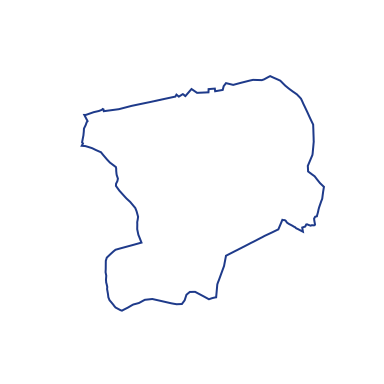 outline of Magdalena, Veracruz, Mexico, rotated 289°
{"feature_id": "50627088B30060167879999", "entity_name": "Magdalena", "entity_type": "district", "adm_level": 2, "iso_a3": "MEX", "parent_name": "Mexico", "parent_adm1": "Veracruz", "projection": "natural_earth1", "projection_center": [-97.048, 18.769], "detail": "fine", "context": "isolated", "style": "outline", "palette": "blue", "viewbox_px": 384, "rotation_deg": 289, "n_neighbors": 0, "source": "geoboundaries", "source_scale": "gbopen_adm2", "svg_char_len": 3242}
<svg xmlns="http://www.w3.org/2000/svg" viewBox="0 0 384 384"><g transform="rotate(289 192 192)"><path d="M229.8,65.1L225.0,70.2L223.7,69.7L220.9,69.7L216.8,69.2L214.0,70.0L210.2,70.9L205.9,71.5L203.2,71.9L202.4,73.1L199.8,72.7L200.7,76.3L200.8,78.6L200.9,81.6L200.9,83.4L200.8,84.3L200.5,86.6L200.4,87.4L200.0,92.2L200.0,92.9L198.3,95.6L197.7,96.6L195.4,100.5L195.1,101.0L193.1,104.8L190.8,111.9L189.4,112.7L187.2,113.5L184.6,114.7L183.5,115.3L180.5,117.6L178.0,117.9L175.1,117.5L174.4,117.7L173.0,118.1L170.3,121.9L169.5,123.1L168.3,125.3L168.0,125.8L165.4,130.5L165.2,130.9L164.5,132.2L162.5,136.8L158.4,143.6L155.7,145.9L151.3,148.9L151.0,149.1L148.4,149.6L145.7,150.0L143.3,150.9L139.0,152.3L134.1,155.2L132.4,156.7L127.7,160.7L122.4,153.0L115.0,142.1L112.5,138.5L110.3,137.1L107.0,135.3L102.2,132.8L98.9,132.9L91.1,135.5L88.0,136.4L84.9,138.2L80.8,139.3L79.8,139.8L78.7,140.2L76.9,141.4L74.6,142.8L72.6,143.3L71.0,144.2L68.1,145.8L65.2,147.2L62.8,149.3L61.7,151.2L59.5,154.8L59.2,155.1L57.9,157.3L57.2,161.6L57.0,162.7L57.0,164.4L57.9,165.2L60.9,168.1L61.7,168.9L65.2,171.9L66.5,173.1L68.7,176.4L69.8,178.0L73.2,181.1L74.7,182.5L77.9,189.3L78.9,198.3L79.7,205.8L80.0,208.5L80.4,211.2L80.9,214.1L81.7,216.1L82.8,218.9L85.9,219.9L87.2,220.3L93.0,220.2L94.4,221.0L96.8,222.5L98.4,226.9L98.6,227.5L97.1,237.1L96.1,242.9L98.2,245.6L99.6,247.8L100.2,248.9L100.3,249.1L112.9,246.0L115.4,246.0L117.0,246.1L127.9,246.3L132.4,246.4L142.8,244.9L150.6,252.4L152.0,253.8L153.7,255.4L155.0,256.7L156.4,258.0L157.6,259.2L159.3,260.8L161.4,262.8L163.0,264.3L165.1,266.4L171.0,272.0L172.0,273.0L174.1,274.9L179.7,280.7L180.2,281.2L181.8,282.8L184.3,285.3L184.7,285.8L187.5,286.0L190.2,286.2L195.1,286.5L195.1,287.3L195.6,288.8L195.3,290.0L194.0,291.7L193.4,293.9L192.9,297.3L192.6,298.8L192.4,299.5L192.3,300.8L191.6,302.3L191.4,304.5L191.1,306.2L190.6,309.8L192.6,308.7L194.3,307.8L196.2,310.3L198.5,310.6L198.9,311.3L198.8,312.9L198.8,315.2L199.7,316.2L199.9,317.4L200.5,318.7L201.3,318.9L204.5,317.1L205.5,316.6L206.6,316.1L208.7,316.5L209.7,318.0L210.2,317.9L213.7,317.7L214.3,317.6L214.8,317.6L216.0,317.4L218.6,317.2L223.3,317.2L225.5,317.2L227.0,317.3L228.1,317.3L232.0,316.5L235.0,315.9L239.1,315.2L239.8,315.1L242.1,310.1L245.0,305.5L245.1,305.4L246.8,302.8L247.7,299.8L249.2,295.1L253.7,293.3L254.3,293.0L266.2,293.8L267.8,293.5L272.7,292.3L273.6,292.1L278.4,290.9L279.0,290.8L280.5,290.2L282.7,289.4L287.4,287.6L291.1,286.2L292.1,285.8L295.2,284.6L297.8,282.0L301.1,278.8L304.8,275.3L309.2,271.0L311.9,268.3L312.7,267.6L315.7,264.7L316.9,262.5L317.9,260.5L318.4,259.6L319.4,256.2L319.7,255.0L320.6,252.1L321.0,250.8L321.7,248.8L322.5,246.7L322.8,245.8L324.1,243.1L325.4,240.5L326.0,239.2L326.1,238.2L326.3,236.2L326.6,232.4L327.0,228.1L324.2,225.5L322.0,223.5L321.5,222.9L320.5,221.6L317.9,213.2L316.2,210.4L310.9,202.3L306.7,196.1L306.0,188.7L302.4,187.5L298.5,187.8L294.8,181.1L297.2,179.9L294.7,174.2L292.4,174.9L291.6,175.1L287.4,164.5L288.3,161.3L289.2,158.0L280.5,154.5L280.6,154.1L281.5,152.0L281.5,151.4L277.9,148.5L279.0,145.6L276.8,145.2L270.9,135.4L263.5,123.2L253.8,106.9L246.5,95.9L239.7,82.3L241.3,81.4L241.4,80.5L240.3,80.0L238.3,77.6L235.5,73.1L230.3,66.5L229.8,65.1Z" fill="none" stroke="#1e3a8a" stroke-width="2"/></g></svg>